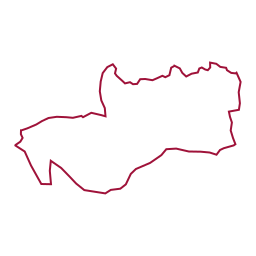 outline of Palodeia, Limassol, Cyprus
{"feature_id": "46923920B73040476031074", "entity_name": "Palodeia", "entity_type": "district", "adm_level": 2, "iso_a3": "CYP", "parent_name": "Cyprus", "parent_adm1": "Limassol", "projection": "orthographic", "projection_center": [32.99, 34.743], "detail": "fine", "context": "isolated", "style": "outline", "palette": "rose", "viewbox_px": 256, "rotation_deg": 0, "n_neighbors": 0, "source": "geoboundaries", "source_scale": "gbopen_adm2", "svg_char_len": 1267}
<svg xmlns="http://www.w3.org/2000/svg" viewBox="0 0 256 256"><path d="M21.0,130.3L20.9,134.2L22.6,137.9L20.3,141.7L15.5,145.0L15.4,145.5L24.7,151.5L31.0,165.5L41.3,184.0L51.0,184.2L49.8,170.8L50.8,160.8L61.2,168.0L69.1,176.1L76.2,183.6L84.3,190.1L105.3,193.4L110.8,189.9L120.3,188.7L125.8,184.4L126.1,183.8L130.8,173.9L135.9,169.0L150.1,162.9L161.4,155.1L166.3,149.2L176.2,148.6L188.8,151.5L200.7,151.7L209.6,152.5L216.5,154.7L220.0,150.0L223.8,148.2L233.7,145.4L235.4,144.2L233.0,138.0L230.7,130.5L231.9,122.5L230.0,116.9L228.9,111.6L238.9,109.8L239.9,103.3L238.7,92.2L240.6,81.9L236.5,72.7L235.6,73.4L231.2,72.9L227.0,70.2L226.1,67.8L220.3,66.9L216.3,63.8L210.1,62.6L210.2,67.5L207.8,70.2L205.2,69.5L201.8,67.5L199.3,68.5L197.8,72.5L191.6,73.7L186.2,76.5L182.3,72.9L179.8,68.4L174.4,65.7L174.3,66.0L171.2,67.7L169.4,75.2L165.3,77.2L162.4,75.8L156.7,78.4L152.5,80.2L145.2,79.0L140.2,79.2L137.1,83.9L133.0,84.2L130.0,82.2L125.0,83.4L122.7,81.2L116.7,75.8L115.0,73.4L116.1,68.6L112.8,64.3L107.3,67.1L102.7,73.1L100.7,81.5L99.8,91.3L101.3,100.4L104.8,108.1L105.5,116.3L101.2,115.1L91.3,112.8L83.0,117.2L81.4,115.9L72.9,117.8L66.3,117.2L56.8,116.8L48.5,118.0L42.1,121.0L36.3,124.5L27.2,128.4L21.6,130.3L21.0,130.3Z" fill="none" stroke="#9f1239" stroke-width="2"/></svg>